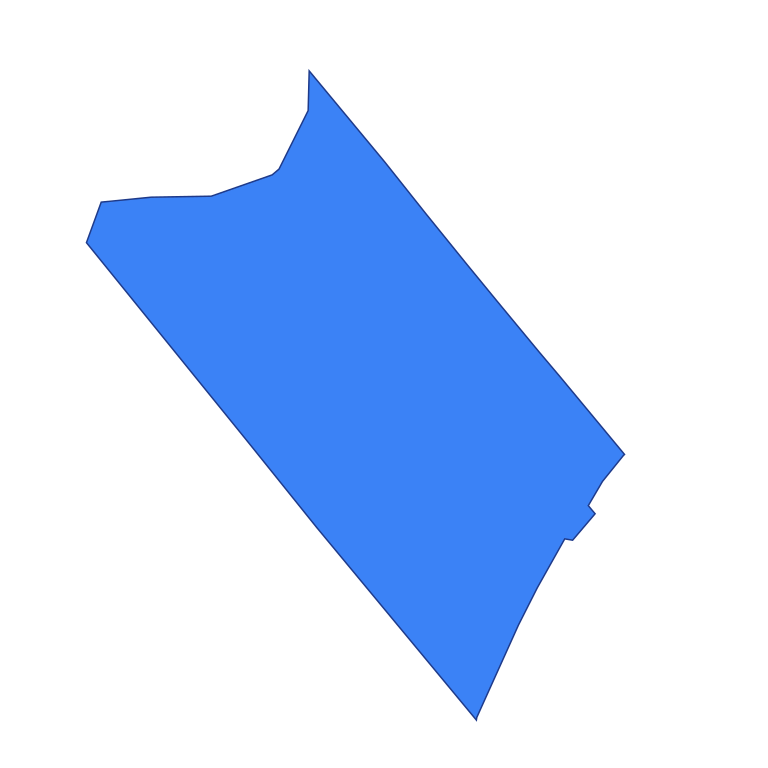 outline of Porter, Indiana, United States of America, rotated 141°
{"feature_id": "52423323B69237488577242", "entity_name": "Porter", "entity_type": "district", "adm_level": 2, "iso_a3": "USA", "parent_name": "United States of America", "parent_adm1": "Indiana", "projection": "mercator", "projection_center": [-87.097, 41.465], "detail": "fine", "context": "isolated", "style": "filled", "palette": "blue", "viewbox_px": 768, "rotation_deg": 141, "n_neighbors": 0, "source": "geoboundaries", "source_scale": "gbopen_adm2", "svg_char_len": 529}
<svg xmlns="http://www.w3.org/2000/svg" viewBox="0 0 768 768"><g transform="rotate(141 384 384)"><path d="M526.3,681.1L526.2,425.0L526.2,422.5L526.6,314.8L523.7,64.7L521.7,66.5L431.1,112.1L393.9,128.8L392.5,129.4L341.0,149.9L335.7,143.9L301.6,150.3L301.8,160.9L275.5,170.8L243.3,177.7L241.4,177.9L242.6,278.2L243.3,311.4L244.0,377.6L244.3,424.6L244.3,489.2L243.7,556.0L245.1,674.4L270.9,644.2L330.3,617.1L339.3,616.9L400.1,638.7L447.5,675.8L489.3,703.3L526.3,681.1Z" fill="#3b82f6" stroke="#1e3a8a" stroke-width="1.5"/></g></svg>